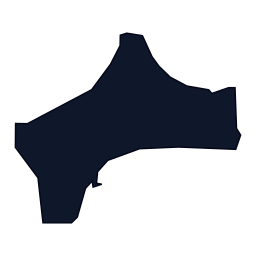 Chester, Tennessee, United States of America
{"feature_id": "52423323B69981881388285", "entity_name": "Chester", "entity_type": "district", "adm_level": 2, "iso_a3": "USA", "parent_name": "United States of America", "parent_adm1": "Tennessee", "projection": "robinson", "projection_center": [-88.588, 35.42], "detail": "fine", "context": "isolated", "style": "filled", "palette": "ink", "viewbox_px": 256, "rotation_deg": 0, "n_neighbors": 0, "source": "geoboundaries", "source_scale": "gbopen_adm2", "svg_char_len": 513}
<svg xmlns="http://www.w3.org/2000/svg" viewBox="0 0 256 256"><path d="M235.7,149.3L240.6,135.1L236.5,128.4L235.0,87.7L228.6,87.7L211.8,93.5L208.7,89.8L186.7,86.0L170.1,77.1L158.9,66.2L152.0,56.7L142.4,35.7L126.8,33.2L120.3,35.2L120.1,45.6L110.5,64.3L91.7,89.7L27.4,123.7L15.6,123.5L15.4,147.4L38.0,177.8L43.0,222.8L71.5,222.8L77.3,217.1L85.5,188.3L92.2,181.0L93.1,187.1L101.8,184.2L96.5,183.3L97.6,171.7L107.8,160.3L139.6,148.7L178.4,147.0L235.7,149.3Z" fill="#0f172a" stroke="#020617" stroke-width="1.5"/></svg>